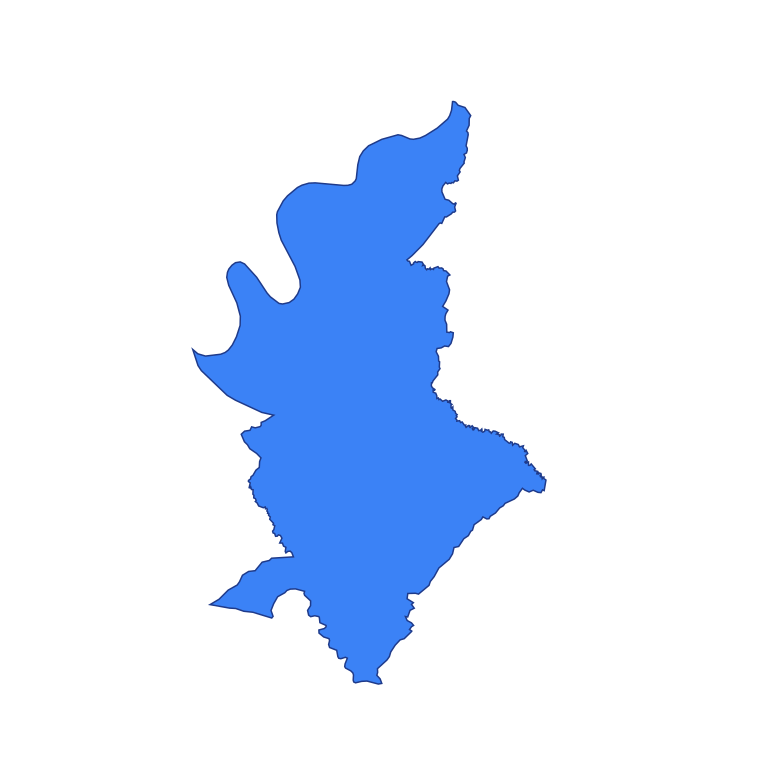 the district of Mueang Uthai Thani, Uthai Thani, Thailand, rotated 211°
{"feature_id": "78962969B55424079588300", "entity_name": "Mueang Uthai Thani", "entity_type": "district", "adm_level": 2, "iso_a3": "THA", "parent_name": "Thailand", "parent_adm1": "Uthai Thani", "projection": "mercator", "projection_center": [99.999, 15.387], "detail": "fine", "context": "isolated", "style": "filled", "palette": "blue", "viewbox_px": 768, "rotation_deg": 211, "n_neighbors": 0, "source": "geoboundaries", "source_scale": "gbopen_adm2", "svg_char_len": 6171}
<svg xmlns="http://www.w3.org/2000/svg" viewBox="0 0 768 768"><g transform="rotate(211 384 384)"><path d="M231.7,126.2L235.4,129.2L240.1,130.6L240.9,133.5L243.0,136.6L239.3,149.0L239.0,153.1L240.2,157.8L239.9,165.9L238.4,173.0L235.5,176.1L232.9,186.0L232.9,186.5L235.7,186.7L235.4,190.2L234.3,192.3L237.4,193.4L242.3,193.2L245.9,195.7L243.7,196.5L245.1,203.4L242.6,207.4L246.9,209.2L246.2,211.7L253.6,211.8L255.7,216.7L249.3,220.8L246.2,221.7L241.7,234.6L242.6,238.6L241.8,244.7L242.2,254.6L237.8,267.3L237.8,273.8L239.8,279.9L236.3,283.2L235.9,292.5L233.6,297.4L233.8,302.4L232.9,304.3L234.3,309.8L230.8,318.0L230.8,321.0L226.4,321.3L224.6,322.6L224.8,325.3L222.0,330.9L221.0,337.4L219.0,341.1L218.8,344.0L213.0,352.6L211.6,356.9L212.1,360.5L211.6,365.9L208.6,365.6L204.0,366.2L201.4,369.8L196.3,370.4L193.5,371.7L193.6,374.9L191.8,375.1L195.7,385.1L198.5,385.3L198.9,386.6L199.5,386.2L199.6,384.3L200.9,385.8L202.1,385.1L203.0,386.0L202.2,386.8L203.4,388.1L205.4,387.6L205.3,386.4L206.8,385.7L207.2,387.2L206.1,387.5L207.2,388.3L210.2,387.3L211.2,388.0L210.6,389.2L216.7,391.3L217.0,389.4L218.2,388.7L220.0,391.6L221.5,389.2L222.8,389.4L223.0,390.4L221.8,391.0L221.7,392.0L226.0,395.4L225.0,398.5L228.0,400.3L228.0,398.8L228.7,398.6L229.2,399.8L232.3,400.9L232.7,402.8L235.5,399.9L237.7,401.3L241.4,400.5L242.2,397.8L244.1,400.0L245.7,399.6L245.4,398.5L246.1,397.7L252.0,398.5L253.4,400.2L255.0,400.0L256.0,402.4L257.8,401.4L257.5,400.0L258.1,398.9L259.1,399.9L261.7,399.1L260.7,401.1L264.3,400.8L266.2,400.0L266.7,397.0L268.0,397.8L269.1,397.3L270.6,398.6L271.7,397.6L274.0,397.2L273.4,395.4L274.4,393.6L276.3,393.7L276.1,394.8L277.0,395.8L277.4,394.1L278.8,392.8L281.0,394.3L283.6,393.4L283.5,390.9L284.0,390.5L285.3,391.2L284.9,392.9L286.9,393.6L287.8,391.1L288.9,391.4L289.2,392.4L290.3,391.9L291.3,389.1L292.6,389.9L292.7,390.9L294.1,390.2L297.5,391.7L298.5,390.4L300.3,391.5L302.4,389.7L302.8,390.6L304.9,391.3L304.5,393.5L305.7,394.0L305.5,395.4L307.4,395.7L308.9,397.2L311.7,397.3L313.2,399.8L313.6,398.1L314.3,398.1L315.7,400.5L315.3,401.5L317.1,401.6L318.5,403.9L319.3,403.4L318.7,401.7L320.0,401.2L320.6,402.3L322.7,402.2L324.9,399.4L328.3,400.0L328.9,398.9L330.3,400.0L331.2,398.8L332.7,401.1L334.9,402.8L337.6,402.3L338.8,404.1L337.4,404.6L337.5,405.5L340.5,405.7L342.4,406.7L343.9,409.5L343.2,409.9L343.6,412.0L342.6,419.5L344.2,422.0L343.9,426.0L345.3,427.0L347.8,431.7L349.0,431.9L351.6,435.8L355.9,438.5L356.8,441.8L353.6,444.4L351.6,447.8L348.0,449.3L347.5,453.3L349.1,459.7L351.0,463.6L353.9,463.0L354.4,461.8L356.9,460.8L361.1,467.5L364.6,470.1L366.4,473.3L367.2,476.1L367.2,480.3L373.7,480.7L373.7,487.1L374.8,494.8L376.3,498.5L383.2,504.0L385.0,509.2L383.7,511.4L389.0,512.8L391.4,511.9L392.6,513.1L394.3,513.2L396.4,511.7L398.2,512.4L401.0,508.9L400.6,507.7L402.2,507.5L403.1,506.0L404.3,507.3L404.7,505.5L406.1,505.1L406.2,503.9L408.2,504.5L409.7,506.4L410.8,506.6L411.9,505.4L412.1,507.0L414.2,508.1L417.8,506.5L417.9,505.5L419.0,504.9L420.3,505.1L421.0,503.0L420.5,502.3L421.9,499.7L425.4,502.3L426.6,501.7L428.3,502.2L426.1,508.5L422.4,523.7L419.4,549.8L418.7,551.0L417.2,551.4L418.0,558.5L416.5,559.4L413.9,564.6L413.6,566.6L412.1,567.7L411.8,569.2L414.6,572.1L415.3,576.0L416.1,576.0L416.3,574.4L418.1,574.0L423.1,574.9L426.8,573.8L433.3,578.5L434.9,581.0L435.5,584.2L434.9,588.6L432.6,588.2L431.6,589.8L429.9,590.4L429.7,591.6L428.1,592.2L427.9,594.6L425.9,595.5L425.2,597.0L428.3,600.2L428.0,605.0L429.4,605.8L429.9,607.8L429.0,614.7L429.8,615.4L430.9,620.0L433.7,622.0L432.3,624.5L433.0,627.2L434.1,629.0L436.3,630.4L440.2,641.0L441.5,642.7L443.6,643.3L444.3,649.6L447.7,655.5L447.9,658.7L457.0,662.7L464.0,661.1L467.8,662.4L469.8,662.0L470.7,661.4L467.1,653.4L465.9,647.9L465.9,643.8L470.2,630.7L476.4,618.4L479.9,613.3L484.8,608.9L488.0,607.4L496.9,606.1L500.4,604.8L511.9,592.6L519.9,580.3L521.8,573.2L521.9,566.4L519.4,558.5L513.5,545.7L513.3,543.1L514.5,538.6L517.3,535.7L520.7,533.5L546.5,521.0L551.8,517.5L556.7,512.2L559.4,507.8L563.6,495.7L564.7,489.1L564.1,476.8L563.1,473.8L558.6,466.8L552.0,459.5L546.2,454.4L520.7,438.9L509.6,429.8L505.5,423.9L504.4,416.8L504.9,410.3L507.2,405.0L512.2,400.3L515.5,399.0L526.4,400.2L531.2,401.8L548.1,409.9L565.3,415.1L570.1,414.6L573.8,411.5L575.5,407.5L576.2,402.7L575.7,399.1L573.7,394.4L567.9,388.6L551.9,377.7L542.1,368.2L537.5,360.1L534.8,348.5L534.1,339.3L534.9,333.0L536.4,329.2L539.3,325.4L551.4,316.0L559.1,314.0L565.7,315.1L552.9,304.0L547.5,301.4L512.6,293.5L503.0,293.6L474.1,296.7L462.5,300.5L466.9,291.3L469.5,287.8L468.0,285.3L468.2,283.7L471.8,280.1L475.4,279.1L475.0,275.3L479.2,271.8L480.5,267.4L473.9,262.6L469.7,261.6L465.7,259.4L457.5,258.9L451.4,257.3L450.7,253.5L447.9,248.2L449.4,244.2L449.3,238.2L450.2,236.1L449.5,233.8L450.5,231.6L450.0,230.6L447.7,230.3L446.2,225.7L445.2,225.9L445.2,227.1L443.3,225.3L441.8,226.0L439.6,222.0L438.2,221.6L437.0,219.3L435.2,219.5L433.6,218.3L433.8,217.0L431.5,216.7L428.6,214.9L423.7,215.8L422.5,217.4L421.3,216.0L420.4,217.0L419.3,216.2L419.0,214.8L417.6,214.4L417.2,213.2L416.0,213.5L415.3,212.0L413.0,211.5L412.3,209.2L407.0,207.7L406.7,206.2L404.7,206.3L403.4,202.4L403.7,200.5L402.4,199.2L400.7,199.5L398.5,197.6L397.1,198.6L396.8,200.3L394.8,200.8L392.1,199.3L391.5,194.0L389.1,195.3L386.6,193.3L384.0,193.5L382.4,189.6L381.1,188.7L380.2,191.0L378.3,192.4L376.1,191.9L372.6,189.2L390.6,176.8L391.4,173.7L396.7,168.5L398.3,157.6L403.5,153.6L406.8,147.2L406.0,140.0L406.3,136.1L411.4,127.1L414.5,114.6L419.5,105.3L401.1,112.3L395.5,115.2L387.1,117.0L378.9,120.8L359.7,125.6L359.4,127.7L364.2,131.7L365.4,138.8L365.6,146.9L361.5,154.0L360.9,157.0L358.7,159.9L354.3,162.8L345.3,165.4L344.7,163.3L343.2,162.0L335.2,160.3L332.8,156.2L332.9,150.6L329.6,147.1L327.0,146.8L324.0,149.7L320.2,151.0L319.3,150.7L316.0,146.4L309.3,147.2L308.6,146.0L309.2,143.7L313.1,139.6L311.4,137.0L305.4,136.1L300.0,137.4L298.5,136.0L297.3,132.2L294.9,130.1L287.4,131.4L283.1,126.5L281.5,125.6L279.5,126.3L276.3,129.9L274.2,130.1L273.2,124.0L272.1,121.5L270.6,120.7L264.7,121.0L261.9,120.3L260.3,118.9L257.9,114.3L256.5,113.0L254.5,113.2L250.0,117.6L245.6,120.6L234.3,123.9L231.7,126.2Z" fill="#3b82f6" stroke="#1e3a8a" stroke-width="1.5"/></g></svg>